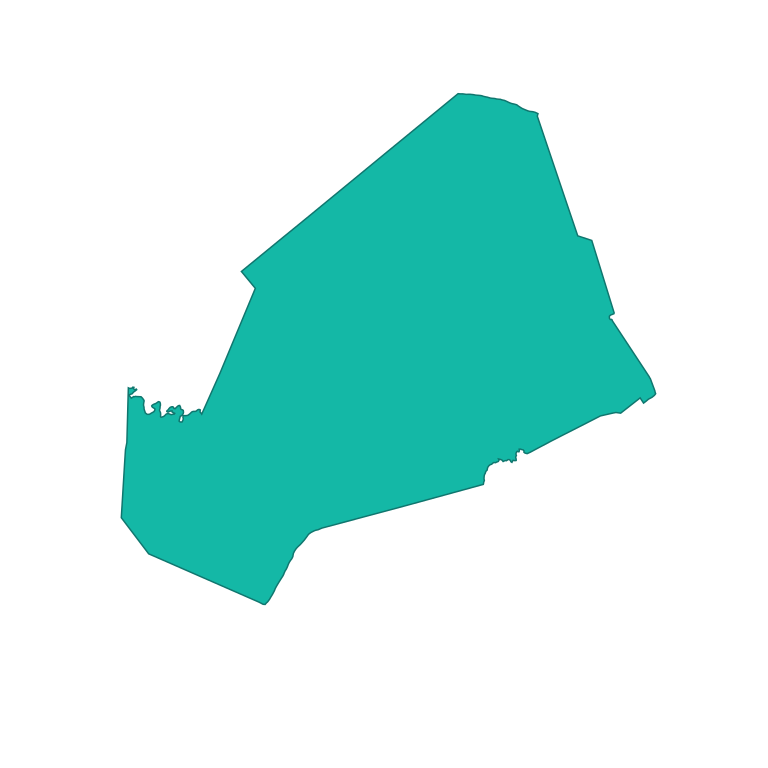 Bavel, Batdâmbâng, Cambodia (Equal Earth projection), rotated 51°
{"feature_id": "14789045B6741933347766", "entity_name": "Bavel", "entity_type": "district", "adm_level": 2, "iso_a3": "KHM", "parent_name": "Cambodia", "parent_adm1": "Batdâmbâng", "projection": "equal_earth", "projection_center": [102.818, 13.225], "detail": "fine", "context": "isolated", "style": "filled", "palette": "teal", "viewbox_px": 768, "rotation_deg": 51, "n_neighbors": 0, "source": "geoboundaries", "source_scale": "gbopen_adm2", "svg_char_len": 4724}
<svg xmlns="http://www.w3.org/2000/svg" viewBox="0 0 768 768"><g transform="rotate(51 384 384)"><path d="M205.0,143.7L205.2,172.2L205.6,233.9L205.8,260.9L206.4,342.7L206.5,368.6L206.8,424.0L228.7,423.8L272.5,504.9L292.7,544.6L291.8,544.5L291.4,544.5L291.1,544.5L289.9,544.6L289.4,544.0L288.5,543.1L287.4,543.7L287.0,544.4L286.8,545.3L286.9,546.9L286.3,548.3L285.7,548.8L285.2,549.7L284.8,550.6L284.8,551.7L285.0,553.8L284.9,556.1L284.1,557.6L283.4,558.5L282.4,559.7L282.7,560.5L283.2,561.1L283.9,561.5L284.6,561.8L285.4,562.7L286.4,564.7L285.8,565.8L285.2,566.3L283.9,566.6L283.2,565.8L282.5,564.9L281.6,563.6L280.9,562.7L281.2,561.5L281.2,560.6L280.9,559.4L280.5,558.5L279.8,557.6L278.2,556.6L277.3,556.9L276.7,557.2L276.0,557.6L275.4,557.7L274.6,557.1L273.6,556.6L272.1,556.3L271.5,557.3L271.4,558.3L271.5,559.8L271.7,561.9L270.8,562.6L270.1,562.3L268.8,562.4L268.3,563.0L267.9,563.8L267.6,564.9L267.8,566.6L268.2,567.7L268.2,568.5L268.2,569.5L268.7,570.1L269.7,569.7L270.1,569.0L270.4,567.6L270.7,566.9L271.6,565.7L272.5,566.3L273.4,565.8L274.1,565.6L275.1,565.1L275.4,565.8L274.9,566.8L274.4,567.5L274.2,568.3L273.6,568.9L272.5,569.5L271.3,570.2L270.6,571.3L270.3,572.5L270.5,573.7L270.6,575.0L270.4,576.2L269.7,577.9L269.1,578.3L268.4,578.0L267.5,577.0L266.8,576.6L266.1,576.0L265.5,575.7L264.9,575.5L264.2,575.4L263.0,574.9L262.5,574.2L262.1,573.6L261.4,572.9L260.5,572.1L260.0,571.3L259.3,570.7L258.6,570.2L257.8,569.8L256.8,569.6L255.7,570.5L255.7,571.6L255.5,573.8L255.2,574.5L254.8,575.9L254.6,577.4L254.8,578.3L255.6,578.6L256.7,578.5L257.7,578.1L259.1,577.7L259.8,578.2L260.4,579.2L260.7,580.5L260.4,582.0L260.2,583.2L259.9,585.4L258.5,587.2L257.4,587.4L256.2,587.7L255.4,587.3L253.7,586.7L252.3,586.1L251.0,585.1L249.4,584.4L248.5,583.7L247.1,582.2L246.4,581.3L245.7,580.8L244.6,580.7L243.1,580.6L241.1,580.8L240.2,581.7L239.2,582.9L238.0,584.2L237.1,585.1L236.8,586.1L236.2,586.5L236.1,588.1L235.9,589.3L234.9,589.3L232.9,589.3L232.2,588.4L232.6,587.2L233.1,585.8L232.7,584.0L232.7,582.9L232.8,582.1L232.8,581.2L232.8,579.8L232.1,579.7L231.8,580.8L231.3,581.4L230.5,581.5L229.5,581.6L229.2,580.5L228.4,581.1L228.6,582.0L228.4,582.9L227.6,584.1L227.0,584.7L226.1,585.1L267.7,620.7L272.4,626.3L282.5,635.6L322.6,672.3L366.7,673.7L367.8,673.8L474.9,618.4L479.1,616.6L480.5,615.1L480.1,613.1L480.1,611.8L479.8,610.4L479.3,608.5L478.4,606.2L477.4,603.3L476.3,600.7L475.6,599.1L474.5,597.2L473.3,594.3L472.1,591.0L471.2,588.4L470.3,585.7L469.7,583.8L468.9,581.9L468.1,580.6L467.1,578.6L466.3,576.2L465.2,574.0L463.9,571.8L463.0,569.9L462.3,567.8L461.8,565.7L460.8,563.5L459.9,562.5L458.6,561.0L457.4,558.3L456.6,555.6L456.3,553.4L456.1,550.2L455.6,547.0L455.1,544.0L454.2,540.5L453.3,537.2L453.4,534.3L454.1,531.0L454.6,529.3L455.8,526.9L456.6,524.0L457.0,522.7L492.2,443.7L524.5,370.0L523.9,369.2L522.8,368.0L522.5,367.3L522.0,366.6L520.8,366.1L520.0,365.4L519.0,364.5L518.0,363.4L517.4,362.3L517.0,361.3L516.4,360.5L516.0,359.8L515.8,358.0L514.9,357.0L514.1,355.9L513.8,354.9L513.5,353.7L513.5,352.7L513.8,351.6L514.1,350.8L514.0,349.3L514.1,348.2L514.8,347.3L515.4,346.8L515.5,345.7L515.8,345.0L516.1,343.9L515.6,342.6L514.3,342.2L515.1,341.6L516.2,340.8L517.4,340.2L519.2,340.2L519.4,339.2L519.7,338.3L520.1,337.6L520.7,337.1L520.8,335.2L521.6,334.2L522.9,333.9L524.3,334.3L525.4,333.9L524.9,332.7L524.5,331.9L525.2,331.1L526.0,330.5L526.6,329.4L525.6,328.6L524.7,328.2L524.1,328.0L523.3,327.2L523.0,326.2L522.3,325.9L521.3,325.5L520.8,324.7L520.2,323.6L520.2,322.7L521.0,322.4L521.6,321.8L521.1,320.8L520.4,320.4L519.7,320.0L520.5,318.9L521.7,318.2L522.8,317.3L524.1,317.3L525.1,318.2L526.4,317.9L528.2,316.6L529.1,313.1L530.5,305.7L533.6,289.8L536.1,277.9L543.1,245.0L545.0,235.9L550.8,224.1L552.1,221.7L555.6,218.4L556.0,193.7L562.2,194.3L562.3,190.9L562.2,188.1L563.0,184.1L563.0,181.0L562.5,179.0L560.8,178.4L560.0,177.9L558.3,177.3L547.6,173.7L545.9,173.5L545.1,173.3L478.8,166.8L477.8,166.4L477.0,166.5L476.4,167.5L474.9,167.5L474.2,167.0L473.6,166.6L473.1,166.0L473.0,164.5L473.5,163.1L473.8,162.0L474.1,161.2L473.6,160.4L403.2,132.2L390.8,140.2L352.9,126.2L300.3,106.7L272.3,96.3L270.8,94.2L267.9,95.6L266.0,97.0L265.0,98.0L263.8,99.2L262.4,100.2L260.1,101.5L256.9,103.2L255.2,103.8L252.4,104.7L250.6,105.1L248.6,106.5L246.5,108.2L245.2,109.0L243.5,109.9L241.8,110.7L240.4,111.4L239.3,112.0L238.1,113.0L237.0,113.8L236.1,114.3L234.9,115.6L234.4,116.1L233.3,117.2L232.0,118.1L230.9,119.2L229.9,120.3L228.7,121.4L227.4,122.3L226.2,123.1L224.8,124.3L223.9,125.0L222.7,125.9L221.5,126.6L220.6,127.4L219.3,128.7L218.1,130.0L216.8,131.3L215.4,132.4L214.1,133.7L213.2,134.6L211.8,136.3L210.6,137.9L209.7,138.7L208.2,140.1L206.4,142.3L205.0,143.7Z" fill="#14b8a6" stroke="#0f766e" stroke-width="1.5"/></g></svg>